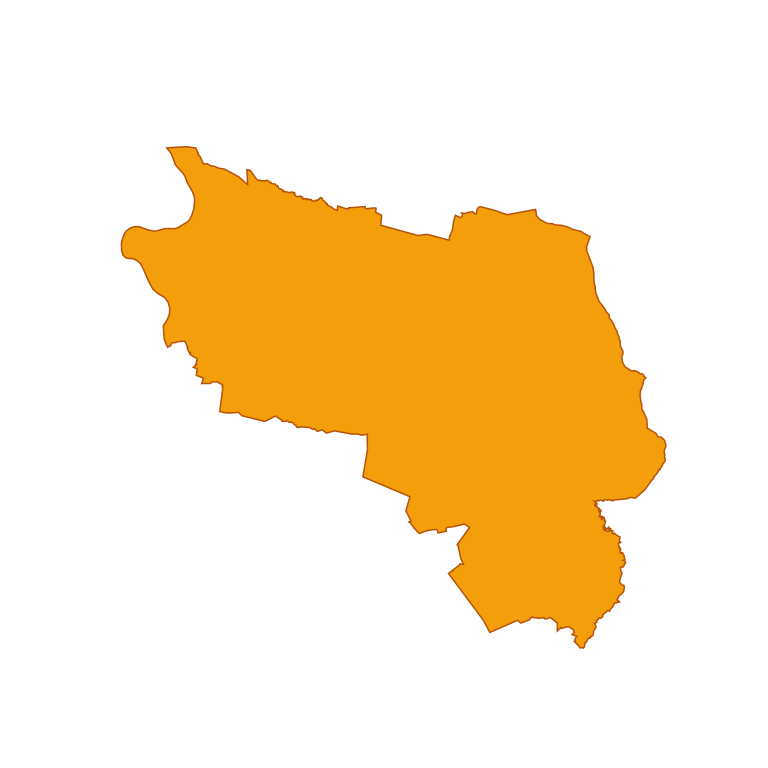 outline of Lochem, Gelderland, Netherlands, rotated 16°
{"feature_id": "6326949B7349538907764", "entity_name": "Lochem", "entity_type": "district", "adm_level": 2, "iso_a3": "NLD", "parent_name": "Netherlands", "parent_adm1": "Gelderland", "projection": "mercator", "projection_center": [6.355, 52.172], "detail": "fine", "context": "isolated", "style": "filled", "palette": "amber", "viewbox_px": 768, "rotation_deg": 16, "n_neighbors": 0, "source": "geoboundaries", "source_scale": "gbopen_adm2", "svg_char_len": 6162}
<svg xmlns="http://www.w3.org/2000/svg" viewBox="0 0 768 768"><g transform="rotate(16 384 384)"><path d="M110.1,216.9L116.0,221.2L123.4,231.1L132.6,236.8L135.2,239.0L139.5,244.8L146.4,251.5L149.7,255.6L151.5,260.0L152.9,267.7L152.7,275.3L151.6,279.9L150.3,282.4L142.6,290.7L140.1,292.3L131.0,294.8L121.8,300.3L114.9,301.0L105.1,300.2L100.8,301.5L97.2,303.9L94.3,307.7L93.4,309.9L92.7,314.1L92.6,317.8L93.0,322.1L95.1,328.2L97.6,332.0L100.7,333.8L102.8,333.9L108.6,332.7L111.9,333.3L115.7,334.8L119.2,337.7L129.1,349.8L135.7,356.5L141.3,359.3L149.1,361.2L153.8,364.8L157.2,370.3L158.5,376.3L158.0,381.5L155.8,389.0L160.1,400.7L162.8,404.9L166.0,408.3L168.4,405.9L168.5,403.6L169.1,402.7L172.0,401.8L174.4,400.0L180.7,397.8L185.5,403.2L185.0,403.7L185.3,404.4L188.6,407.9L189.2,407.5L189.3,409.1L196.6,411.0L197.7,411.8L197.7,416.7L198.7,417.0L197.6,417.9L196.0,420.5L200.4,421.0L201.2,427.5L208.7,427.9L208.7,433.8L217.1,431.3L218.0,429.4L222.7,427.9L229.0,429.3L229.2,431.3L229.9,431.1L233.7,455.7L238.0,455.6L243.7,454.5L251.8,451.4L256.4,453.7L279.4,452.8L280.7,452.1L288.5,444.7L295.9,447.1L296.3,447.9L300.2,446.7L301.0,446.0L303.6,447.0L306.3,446.1L308.7,447.6L310.7,448.1L312.3,449.7L314.9,448.9L316.4,447.8L321.7,447.1L323.6,446.3L328.4,447.2L329.4,446.2L332.9,448.0L337.3,445.1L342.1,447.1L349.4,442.7L366.9,441.0L372.6,439.3L376.4,439.4L382.0,436.8L382.3,439.3L386.3,451.9L389.3,479.1L440.0,485.2L440.0,499.9L447.7,508.3L446.0,509.8L447.4,510.1L452.5,514.1L459.1,518.0L465.9,513.0L474.0,509.4L475.5,509.8L477.0,512.3L478.2,511.7L484.5,508.3L483.5,506.2L483.8,504.7L490.7,501.7L500.0,496.4L505.7,498.4L498.7,518.3L499.4,518.4L505.9,530.5L510.1,535.4L506.5,536.1L506.8,536.8L501.5,543.8L501.9,544.6L500.9,544.7L498.2,548.3L544.6,583.7L554.2,593.6L577.5,574.4L581.3,576.1L588.5,570.9L590.2,567.5L597.9,566.4L602.1,564.4L602.8,565.5L603.5,565.5L606.3,564.2L608.0,562.5L616.4,566.0L618.7,573.6L621.0,569.3L621.7,570.2L627.8,566.4L633.7,568.0L634.6,569.0L635.2,570.5L633.8,573.0L639.0,573.5L637.7,576.3L638.8,578.3L637.8,579.0L642.8,581.7L645.3,583.7L647.1,582.6L648.2,583.0L649.2,581.3L648.9,581.1L648.8,577.2L649.6,576.5L650.6,571.9L651.9,571.7L652.6,569.8L652.4,569.6L654.1,568.3L653.6,563.4L654.9,559.5L654.3,558.1L652.4,556.1L654.3,554.4L653.2,553.0L654.9,551.3L655.1,549.5L657.3,549.4L658.3,547.3L658.1,545.2L661.7,539.9L663.3,540.4L664.2,537.1L665.3,535.1L665.8,531.8L666.5,530.4L667.7,530.3L670.2,528.8L669.3,528.5L669.8,528.1L667.3,527.3L668.2,524.9L668.4,522.6L670.0,520.8L671.5,517.6L671.3,514.0L670.3,511.5L667.9,511.5L665.0,509.4L664.7,507.7L664.9,500.2L663.6,498.9L661.9,495.5L662.1,494.9L664.2,494.1L665.4,488.8L664.5,487.9L662.5,487.5L663.9,486.4L663.9,485.9L662.9,484.8L662.4,483.3L659.7,480.3L659.1,480.3L658.6,481.4L657.2,480.6L656.8,478.4L657.2,477.6L655.9,477.2L655.4,476.5L655.8,476.1L654.5,475.1L653.0,472.6L655.2,471.1L653.5,470.1L653.0,466.0L648.4,464.9L646.5,463.8L646.1,464.9L645.6,465.0L644.1,463.9L644.6,462.2L641.6,461.8L641.8,460.6L640.2,460.4L639.4,459.7L638.8,460.9L640.6,462.0L641.5,463.3L639.3,464.2L638.3,463.6L638.2,461.7L637.5,461.6L637.1,461.9L636.7,463.9L636.2,464.1L634.7,461.8L636.0,461.4L636.1,460.8L635.0,459.8L634.1,460.0L634.9,458.0L634.7,454.7L633.5,454.6L633.6,453.5L632.2,451.5L630.8,451.4L631.2,453.5L630.6,454.1L629.7,452.9L629.2,451.2L627.6,452.2L627.6,448.8L626.2,447.5L627.5,447.2L627.7,446.6L627.4,445.6L626.8,445.3L625.1,446.2L624.8,445.9L625.3,444.3L622.9,444.0L622.2,442.5L620.9,442.4L620.7,443.5L620.4,443.5L619.8,441.5L622.0,440.5L618.6,438.7L620.5,438.5L620.9,437.1L622.5,437.2L624.1,435.9L627.2,436.2L628.3,434.0L630.8,434.1L632.0,433.3L634.7,433.1L635.6,433.5L637.3,432.0L649.0,427.4L652.4,425.0L657.2,424.4L664.2,413.2L668.0,402.1L668.4,402.2L669.1,400.4L669.3,398.5L671.1,394.5L672.2,390.4L673.1,389.8L672.8,388.7L673.7,387.3L674.2,383.5L675.1,381.9L675.4,379.4L673.8,376.9L673.4,374.7L671.7,371.2L672.1,365.8L669.3,360.9L665.4,358.8L661.7,359.1L659.1,356.5L649.2,353.8L646.5,345.7L640.7,338.7L638.6,336.9L637.3,332.4L635.4,329.2L633.4,324.7L632.3,319.6L632.9,317.7L632.6,316.4L633.0,313.1L632.5,308.9L634.0,305.9L631.4,304.8L631.0,303.7L629.1,303.0L626.9,303.5L625.1,302.5L621.5,302.0L620.5,302.1L619.8,303.0L617.5,303.0L611.1,301.1L607.3,297.3L604.9,292.0L605.4,289.2L604.5,286.5L601.0,282.6L598.8,276.9L597.6,276.2L597.1,274.0L595.5,272.4L592.9,268.4L591.5,267.5L588.1,263.0L584.9,260.0L582.6,258.8L581.8,256.3L581.1,255.3L577.8,253.3L575.9,251.2L567.9,245.2L562.1,237.4L560.2,232.5L557.4,227.2L555.5,220.6L552.7,214.1L541.8,199.7L541.4,197.4L541.0,197.3L540.9,196.7L541.5,185.6L534.0,184.1L531.9,183.0L523.1,183.4L517.3,182.4L511.1,182.5L504.5,183.9L501.5,183.5L497.1,184.6L495.4,184.4L488.6,182.9L484.3,180.3L481.6,174.4L455.7,187.3L442.0,186.6L428.2,186.9L426.1,188.1L425.3,191.0L425.8,195.0L424.5,195.3L421.7,194.0L418.0,195.6L414.4,197.9L411.5,198.3L412.5,199.0L412.9,201.5L411.7,202.9L406.1,202.2L406.1,208.1L407.2,215.9L407.2,218.7L406.3,224.4L407.2,227.8L384.4,228.2L375.7,231.9L337.0,232.3L335.3,222.5L328.4,221.1L328.0,217.3L326.4,217.3L318.6,220.5L317.7,220.2L317.0,218.7L301.9,224.2L301.2,224.6L301.3,225.6L299.4,226.0L290.6,225.6L291.1,229.8L287.8,229.7L284.9,228.5L279.7,227.5L279.5,226.2L277.8,226.2L276.9,224.8L274.5,224.3L273.2,222.3L271.7,222.2L271.4,223.1L270.8,223.2L271.0,224.0L269.5,225.0L269.4,226.1L267.6,226.2L267.0,227.4L264.4,227.7L263.0,226.6L262.1,227.4L259.9,227.0L259.9,227.7L258.9,228.1L257.8,227.3L255.1,228.4L254.2,226.8L253.0,227.3L252.0,226.9L252.3,226.5L252.0,226.4L249.0,227.9L246.9,227.4L245.8,226.8L246.0,226.2L245.2,225.6L245.6,225.0L245.2,224.6L243.6,225.1L242.2,224.8L240.4,226.2L237.3,226.1L236.3,226.8L235.5,226.1L233.7,226.7L233.7,226.0L232.7,225.2L228.9,224.9L227.6,223.0L226.7,222.5L226.0,223.1L223.7,221.8L220.7,222.4L219.9,222.1L219.9,221.4L218.9,221.8L216.3,220.4L215.1,220.4L213.7,221.4L209.6,222.6L208.3,222.2L207.0,222.9L204.4,221.8L196.6,215.6L196.3,216.2L194.9,215.4L193.2,215.7L197.9,229.9L187.0,224.8L171.6,221.4L165.8,222.1L160.8,221.5L156.8,222.1L153.6,220.8L151.8,221.9L150.1,221.6L149.5,222.1L144.8,216.2L142.1,214.6L142.3,214.1L138.1,209.0L128.6,210.4L110.1,216.9Z" fill="#f59e0b" stroke="#b45309" stroke-width="1.5"/></g></svg>